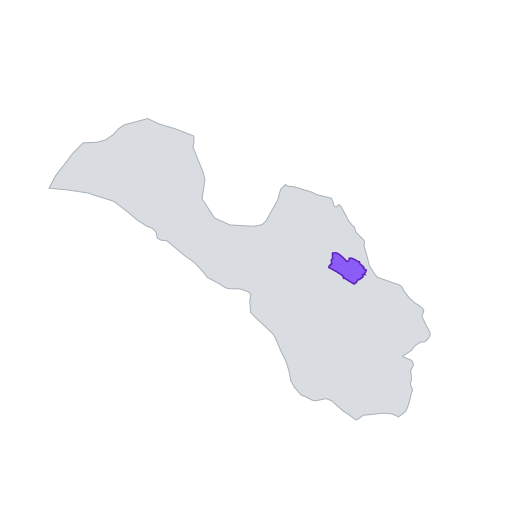 Smiltenes on a map of Latvia (Natural Earth projection), rotated 34°
{"feature_id": "LVA-5798", "entity_name": "Smiltenes", "entity_type": "Municipality", "adm_level": 1, "iso_a3": "LVA", "parent_name": "Latvia", "parent_adm1": "", "projection": "natural_earth1", "projection_center": [26.061, 57.417], "detail": "fine", "context": "in_parent", "style": "filled", "palette": "violet", "viewbox_px": 512, "rotation_deg": 34, "n_neighbors": 0, "source": "natural_earth", "source_scale": "10m", "svg_char_len": 2811}
<svg xmlns="http://www.w3.org/2000/svg" viewBox="0 0 512 512"><g transform="rotate(34 256 256)"><path d="M372.7,346.1L369.7,345.7L361.3,343.3L354.3,339.8L350.0,335.1L342.7,328.7L337.9,325.4L330.4,321.3L317.9,313.0L313.3,311.1L291.1,307.4L283.1,305.8L275.7,296.3L273.4,290.8L269.7,289.9L265.7,291.0L261.4,292.1L251.4,298.5L248.1,299.5L241.9,299.5L227.4,301.0L220.8,298.6L209.3,296.0L203.1,295.6L197.6,295.7L173.2,293.2L168.7,295.9L164.2,296.4L159.9,292.2L154.4,291.0L148.4,292.4L137.5,292.6L124.5,291.2L108.1,290.2L105.6,290.7L87.2,296.3L82.6,297.2L62.5,306.7L46.5,315.6L45.0,301.4L46.8,272.9L49.5,258.8L60.6,250.6L66.2,244.2L69.6,235.7L70.8,227.8L73.1,221.3L89.3,202.7L101.8,200.7L118.7,195.5L137.5,191.3L141.1,196.7L142.8,200.9L165.2,216.1L170.9,221.2L179.4,238.8L200.3,247.7L216.9,244.9L224.1,240.6L237.5,232.6L243.4,226.8L244.7,221.1L242.6,197.2L239.1,186.8L240.4,180.3L242.7,180.6L248.3,177.5L266.7,171.8L270.4,171.5L274.6,170.3L286.2,165.9L289.9,168.3L293.0,170.9L294.7,170.9L295.6,169.9L295.3,168.2L296.2,167.0L299.5,167.7L312.9,174.9L318.0,176.6L321.5,177.1L325.8,180.5L337.2,182.7L338.6,184.5L339.5,186.7L350.2,195.9L355.1,200.5L364.6,204.7L368.7,205.7L385.4,201.4L390.1,199.9L393.9,199.9L397.8,202.1L406.8,205.2L414.9,206.1L416.4,205.9L423.2,206.2L425.7,207.4L427.3,213.3L435.2,217.9L442.4,221.8L444.3,223.5L444.9,226.9L444.5,230.9L443.6,233.0L440.6,235.4L438.0,241.4L437.7,247.2L433.6,257.1L434.5,257.3L443.3,255.5L445.8,256.6L447.7,258.8L448.4,265.0L451.3,267.8L454.3,272.2L455.3,275.6L460.9,279.7L461.4,282.4L464.9,291.7L466.3,297.1L467.0,301.2L465.3,306.5L463.9,310.1L462.1,309.9L457.1,310.8L449.2,315.2L437.4,325.3L434.3,327.6L431.3,335.4L430.5,336.1L423.6,335.8L421.7,335.6L414.8,335.8L399.7,333.7L393.8,335.1L386.2,342.9L383.2,344.1L374.2,345.2L372.7,346.1Z" fill="#d9dde1" stroke="#a8b0b8" stroke-width="1"/><path d="M355.9,208.1L355.8,210.3L356.7,210.5L355.9,211.1L355.5,211.4L355.0,211.8L354.8,212.3L355.2,212.6L355.7,212.8L356.1,213.0L356.3,213.4L356.4,213.7L356.1,214.2L355.9,214.8L355.8,215.4L355.4,215.8L355.1,216.3L355.3,217.0L355.3,217.4L354.4,218.1L353.9,218.2L353.8,220.7L353.9,221.3L354.1,221.7L353.8,222.4L353.2,223.0L353.3,223.9L353.0,224.4L345.3,224.8L343.6,224.7L342.1,225.0L341.1,225.6L340.3,224.5L339.3,224.4L338.5,223.9L337.2,223.8L332.5,224.0L332.1,223.9L331.4,223.9L330.7,224.1L324.3,224.6L323.4,224.7L322.9,224.9L322.4,224.2L322.2,223.3L322.5,222.0L322.4,221.6L322.6,221.0L323.3,220.8L323.3,220.2L321.5,218.4L320.5,216.7L321.1,215.5L318.3,211.6L317.8,210.7L318.9,210.1L319.1,209.6L321.3,208.3L324.7,208.1L328.1,208.5L331.7,209.1L334.0,209.8L335.4,208.3L335.4,206.9L334.5,205.8L336.4,204.3L340.6,203.6L343.2,203.6L344.9,202.9L346.8,204.5L348.5,204.5L351.7,204.9L352.0,206.3L354.1,206.1L355.3,206.0L355.9,208.1Z" fill="#8b5cf6" stroke="#5b21b6" stroke-width="1.5"/></g></svg>